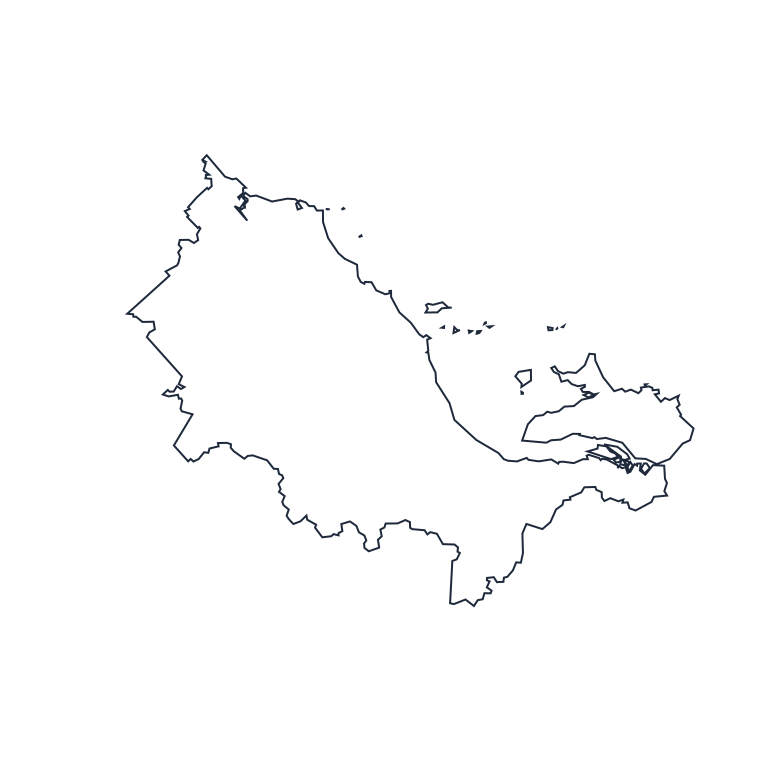 outline of Cassowary Coast, Queensland, Australia, rotated 312°
{"feature_id": "25037944B15390433377666", "entity_name": "Cassowary Coast", "entity_type": "district", "adm_level": 2, "iso_a3": "AUS", "parent_name": "Australia", "parent_adm1": "Queensland", "projection": "mercator", "projection_center": [145.98, -17.968], "detail": "fine", "context": "isolated", "style": "outline", "palette": "slate", "viewbox_px": 768, "rotation_deg": 312, "n_neighbors": 0, "source": "geoboundaries", "source_scale": "gbopen_adm2", "svg_char_len": 6190}
<svg xmlns="http://www.w3.org/2000/svg" viewBox="0 0 768 768"><g transform="rotate(312 384 384)"><path d="M321.5,146.4L320.9,152.1L264.4,146.2L268.0,150.9L266.3,152.8L268.1,154.7L268.5,163.0L276.1,171.1L271.3,177.1L265.2,175.1L260.2,176.4L254.5,228.8L246.5,231.6L248.2,237.7L244.4,236.4L243.8,231.6L237.7,232.8L234.8,229.8L234.9,227.3L228.2,226.7L230.7,232.3L238.1,238.1L235.8,241.4L237.5,243.0L236.7,245.1L229.5,249.3L228.4,252.0L233.4,262.0L197.7,269.0L195.5,290.2L198.9,290.5L198.9,294.3L204.4,296.5L212.9,296.0L215.3,299.5L219.3,297.5L227.0,302.8L229.0,300.1L235.3,306.8L236.8,310.6L234.1,312.7L233.5,317.3L235.0,330.2L239.4,330.9L243.1,334.2L249.1,348.2L247.2,358.8L249.9,362.0L246.9,366.2L248.0,369.4L246.6,372.2L239.2,372.5L236.7,377.5L233.6,378.1L234.2,385.2L228.3,387.3L226.7,390.5L227.0,397.2L220.9,399.8L219.9,403.6L219.3,410.3L226.0,413.8L234.3,414.4L231.8,417.8L234.0,427.7L231.1,428.9L228.8,440.7L235.5,446.6L238.8,447.1L241.1,451.5L242.8,450.0L246.8,451.5L251.4,446.0L259.1,450.7L260.1,458.4L257.0,464.6L258.3,470.8L255.9,475.5L252.1,475.9L249.1,479.2L249.5,484.6L259.2,489.9L264.2,483.7L269.3,484.2L273.4,478.7L277.6,480.3L281.4,478.6L289.5,487.4L297.2,490.9L298.7,495.7L294.6,499.6L295.1,502.2L302.5,512.0L301.3,516.9L304.9,517.5L308.1,523.6L304.4,534.9L311.9,543.8L312.1,548.3L308.6,550.8L309.2,553.4L302.4,555.4L298.2,553.2L265.3,579.8L267.2,583.2L278.4,588.8L279.2,599.4L286.1,598.3L290.1,601.4L295.7,598.6L299.8,603.3L302.4,602.2L301.7,596.5L307.9,594.5L307.0,591.8L308.8,590.3L313.9,594.9L312.3,600.5L316.9,605.1L320.4,602.7L323.2,604.7L331.8,604.5L339.9,601.6L342.8,605.3L351.3,600.4L365.5,586.9L375.3,583.5L382.2,598.8L392.7,600.1L405.9,595.8L413.7,597.5L417.6,595.3L422.8,599.9L424.2,597.9L435.4,603.1L441.3,602.0L448.9,610.0L447.4,612.6L449.3,618.1L445.4,621.9L444.5,626.1L450.6,628.6L453.7,636.7L458.3,639.2L455.3,640.6L459.1,644.3L455.9,649.5L458.3,655.6L475.3,661.7L480.8,660.1L490.5,669.0L492.0,664.0L499.8,660.5L501.5,656.3L510.8,646.9L503.7,638.2L491.4,638.9L491.0,631.9L496.7,628.0L494.2,625.4L492.7,626.6L492.1,623.8L483.7,625.8L480.9,624.5L483.8,619.2L480.7,617.2L480.4,613.7L477.9,614.0L480.0,612.5L476.9,600.0L474.2,596.0L472.4,596.0L472.9,593.5L468.3,583.4L466.3,582.6L464.5,585.8L461.3,582.2L452.2,578.0L446.2,569.2L443.3,566.3L441.4,566.8L439.9,558.8L430.1,550.8L424.3,542.1L424.6,539.5L415.4,534.6L409.9,527.4L408.3,523.3L409.3,515.3L404.2,490.1L404.4,460.4L413.6,445.5L420.2,421.6L427.0,414.6L432.2,401.7L436.8,396.1L436.0,394.5L438.2,394.8L445.8,386.4L449.2,387.9L448.6,382.7L445.1,381.9L444.5,377.0L447.5,362.8L447.5,347.6L453.4,331.1L457.9,326.9L456.8,325.8L455.5,327.6L451.6,325.0L448.4,315.5L451.3,306.7L447.2,301.6L445.3,302.3L444.3,298.4L446.4,292.7L454.6,284.1L450.8,271.2L450.7,262.5L455.0,244.9L463.6,230.3L472.1,222.5L468.0,218.1L469.4,213.0L466.1,209.3L466.6,204.4L464.2,198.6L461.1,198.8L459.9,205.2L455.9,203.1L459.1,198.1L462.3,197.8L461.9,194.3L457.1,188.2L444.7,178.7L438.5,162.9L433.9,159.0L433.3,153.0L429.5,153.4L430.1,158.9L428.7,160.3L424.3,160.1L422.6,162.1L421.8,162.2L416.5,160.5L413.9,173.1L416.2,153.9L417.9,159.4L427.6,158.3L428.2,151.4L424.8,152.6L425.3,150.5L431.6,151.6L435.2,148.3L437.5,150.1L437.9,136.8L434.7,134.4L431.7,127.1L435.4,99.2L429.0,99.0L429.8,102.5L428.3,101.5L428.5,104.0L421.9,107.0L422.6,114.1L420.1,111.8L417.8,113.9L416.8,112.9L420.8,118.3L415.7,123.6L411.2,123.2L411.4,121.3L397.5,120.0L384.3,120.1L384.1,122.5L379.2,120.3L378.3,126.1L376.4,125.9L375.4,141.2L377.0,141.4L376.8,143.4L370.1,144.8L366.6,149.6L361.6,148.4L360.4,142.3L354.4,135.9L350.1,138.2L349.5,142.5L344.1,143.0L342.3,147.0L336.4,150.2L333.6,150.8L321.5,146.4ZM519.1,548.7L513.9,548.1L504.7,541.5L494.7,539.9L487.9,533.2L480.7,532.1L474.5,527.6L472.6,523.8L467.4,523.1L461.5,518.0L450.3,517.9L434.4,524.5L449.0,543.9L454.1,545.9L460.9,552.5L473.3,557.6L477.9,562.9L476.7,563.4L483.2,575.0L485.3,575.9L485.6,579.1L492.3,584.8L499.8,600.4L496.9,620.5L503.5,628.7L507.0,640.4L519.5,646.5L539.5,645.8L547.0,649.0L558.1,643.8L558.3,625.5L560.0,625.3L562.5,617.2L566.4,617.6L569.1,612.1L572.5,610.8L563.2,607.0L561.5,602.2L556.1,601.7L557.6,592.2L561.0,594.7L563.5,591.8L559.1,587.8L560.7,586.0L559.5,582.5L553.2,577.3L551.7,579.5L547.4,579.2L545.0,571.2L539.7,568.4L539.7,564.0L532.7,559.9L535.6,542.4L542.8,525.4L547.2,520.9L543.9,516.4L532.2,520.7L520.7,519.3L515.8,512.7L511.7,510.4L510.0,504.6L511.4,499.1L507.8,497.6L506.6,502.3L508.2,507.4L504.4,514.3L509.8,517.9L509.5,523.5L512.1,529.6L517.7,533.9L516.3,535.2L512.1,533.6L511.1,537.0L515.3,541.7L516.6,546.9L519.1,548.7ZM486.5,591.0L481.8,583.8L478.9,585.9L470.1,580.4L480.1,603.0L486.3,606.5L487.2,602.6L485.3,597.3L486.5,591.0ZM473.7,488.1L485.0,490.9L492.8,483.7L483.1,475.9L477.6,476.4L476.4,486.2L473.7,488.1ZM478.9,376.3L486.1,383.2L483.9,380.6L483.9,372.8L475.6,367.4L473.2,363.1L470.8,362.4L469.3,366.2L464.9,367.0L473.0,375.8L478.9,376.3ZM488.6,608.7L486.9,610.4L488.4,613.5L492.9,616.5L494.5,611.8L493.5,599.5L486.4,588.0L488.6,608.7ZM500.7,632.3L498.9,630.4L493.0,631.8L491.7,637.4L499.4,637.9L500.7,632.3ZM488.1,608.5L481.3,605.3L481.0,608.9L484.1,611.7L488.1,608.5ZM489.8,623.4L490.9,619.4L485.4,620.4L482.5,624.6L489.8,623.4ZM509.4,539.7L510.8,544.8L516.2,547.4L514.7,542.1L509.4,539.7ZM485.2,617.9L487.4,613.7L486.3,611.0L482.4,613.4L485.2,617.9ZM468.4,401.5L474.8,404.3L473.0,402.5L473.3,398.2L468.4,401.5ZM486.2,619.6L490.3,618.3L489.0,615.4L486.9,615.7L486.2,619.6ZM534.0,470.3L536.8,473.1L538.4,471.9L535.9,467.8L534.0,470.3ZM483.4,419.2L485.7,420.7L488.1,420.4L485.6,417.9L483.4,419.2ZM496.3,424.8L499.1,425.5L496.1,422.6L496.3,424.8ZM479.0,413.1L482.1,413.9L480.4,411.2L479.0,413.1ZM476.2,266.9L478.9,268.4L479.2,267.6L476.2,266.9ZM464.5,389.3L465.8,391.1L467.0,390.1L464.5,389.3ZM485.2,235.8L487.6,237.1L487.7,236.1L485.2,235.8ZM470.2,491.3L468.7,492.8L469.7,493.8L470.5,493.2L470.2,491.3ZM557.2,579.0L559.5,579.3L558.1,577.9L557.2,579.0ZM546.1,479.2L547.6,478.8L545.6,478.3L546.1,479.2ZM495.7,418.4L497.4,419.1L498.0,418.4L497.1,417.9L495.7,418.4ZM475.8,225.0L477.5,226.8L475.2,223.6L475.8,225.0ZM541.5,475.4L539.3,475.4L541.4,475.6L541.5,475.4ZM422.7,160.6L422.7,161.6L423.4,160.6L422.7,160.6Z" fill="none" stroke="#1e293b" stroke-width="2"/></g></svg>